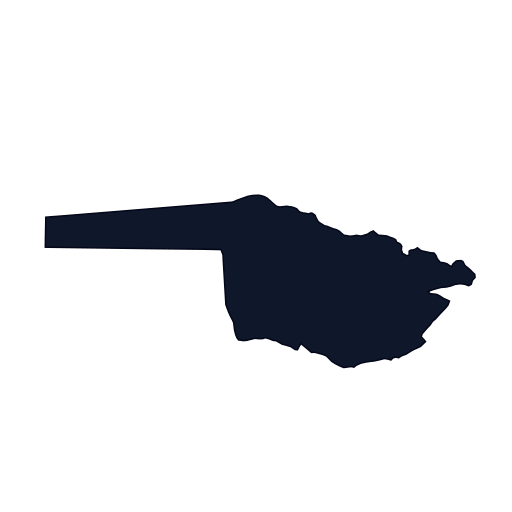 Homa Bay, Nyanza, Kenya, rotated 311°
{"feature_id": "3690345B18622928067574", "entity_name": "Homa Bay", "entity_type": "district", "adm_level": 2, "iso_a3": "KEN", "parent_name": "Kenya", "parent_adm1": "Nyanza", "projection": "orthographic", "projection_center": [34.502, -0.52], "detail": "fine", "context": "isolated", "style": "filled", "palette": "ink", "viewbox_px": 512, "rotation_deg": 311, "n_neighbors": 0, "source": "geoboundaries", "source_scale": "gbopen_adm2", "svg_char_len": 3215}
<svg xmlns="http://www.w3.org/2000/svg" viewBox="0 0 512 512"><g transform="rotate(311 256 256)"><path d="M385.7,433.1L385.8,430.1L386.0,428.1L386.1,425.1L386.1,423.7L385.9,421.2L386.0,419.9L386.3,418.9L387.6,415.7L387.0,413.7L384.9,411.5L383.6,410.4L381.0,410.1L380.0,409.9L378.9,409.9L376.2,410.6L375.7,407.8L375.5,405.3L374.3,402.6L373.1,400.6L372.1,399.3L372.5,396.7L372.7,395.4L373.2,394.0L374.5,391.4L374.8,390.0L375.0,388.3L373.1,385.8L371.5,382.9L370.7,381.5L370.2,380.5L368.7,377.8L368.3,376.4L368.2,374.1L368.1,372.4L365.8,371.8L364.8,371.2L363.6,370.5L362.1,369.0L361.1,368.6L360.1,368.4L358.2,370.0L357.3,371.0L355.1,369.6L354.6,366.5L354.0,365.2L356.1,361.5L357.1,360.9L358.9,359.7L359.7,357.4L359.5,355.6L358.7,353.1L359.3,351.9L359.9,350.8L359.3,347.8L358.7,346.5L357.9,344.5L357.1,342.1L356.6,341.0L355.8,340.0L354.2,337.7L352.7,335.7L352.0,334.9L351.8,329.4L351.9,328.1L349.2,326.8L346.1,326.0L344.9,325.4L343.6,324.5L341.0,323.0L340.0,322.1L339.1,320.9L337.5,318.2L334.8,316.1L332.4,313.7L330.6,310.6L329.3,308.6L329.3,306.5L329.3,304.5L329.4,302.9L329.2,301.8L328.7,299.5L327.5,297.1L326.9,295.6L326.5,294.5L325.7,292.3L325.4,291.2L325.1,290.3L323.7,287.8L323.4,285.4L323.0,283.4L322.8,281.0L322.9,279.9L323.4,278.6L324.3,276.1L324.9,275.1L325.5,274.0L325.3,270.8L324.5,269.2L322.4,268.3L320.9,265.6L320.3,264.7L319.4,263.4L318.3,261.0L318.0,260.1L317.9,258.8L318.2,256.9L318.3,255.6L317.5,253.1L316.4,250.7L315.7,249.7L315.1,248.8L313.7,246.5L312.4,245.4L310.1,243.2L308.8,242.0L307.4,239.8L307.0,238.4L306.9,234.4L306.9,232.6L307.0,231.0L307.0,226.6L306.3,223.4L305.6,221.7L304.5,219.5L303.6,218.1L302.8,217.2L300.4,214.7L299.4,213.7L298.7,213.1L295.8,210.8L285.9,205.2L282.0,203.4L280.7,202.4L253.4,175.7L252.6,174.9L162.8,87.1L147.4,71.9L132.1,84.7L124.4,91.2L193.0,172.3L225.3,210.3L237.9,225.4L235.2,230.4L231.9,233.5L199.5,265.2L197.6,268.7L196.0,271.6L194.3,275.2L193.3,277.6L192.3,280.2L191.0,283.0L187.5,286.8L186.6,287.8L185.7,288.9L183.3,292.4L181.8,295.3L181.2,297.9L182.9,300.4L183.6,301.7L186.2,304.3L189.3,306.4L193.2,309.2L195.8,312.8L198.0,315.2L200.5,316.7L202.1,320.0L203.5,324.1L205.3,326.9L205.9,329.8L206.6,333.5L208.6,337.5L210.5,341.9L211.1,346.9L212.4,348.8L215.5,348.0L219.4,347.4L219.5,351.5L219.6,356.0L219.6,361.0L222.0,363.7L223.5,366.8L225.5,370.9L226.8,374.9L226.5,378.6L226.2,382.3L226.8,386.5L228.2,391.9L229.4,395.4L231.8,397.5L234.4,399.8L235.5,401.1L236.3,402.8L239.2,403.3L243.7,405.3L248.1,408.5L251.8,411.7L254.3,414.0L256.4,415.6L257.3,416.3L260.0,418.2L262.7,420.0L264.5,422.7L266.1,426.1L268.9,426.2L271.4,427.8L272.8,430.4L276.3,431.4L280.5,433.7L285.2,435.1L288.5,436.2L291.9,437.8L295.7,439.5L299.1,439.8L302.6,440.1L303.1,437.3L303.4,433.7L306.3,432.4L309.7,432.4L313.8,432.4L318.2,432.6L322.5,432.1L326.1,432.7L331.0,432.8L334.8,432.9L338.4,433.1L341.5,433.2L344.8,433.1L348.9,431.6L348.1,428.6L347.2,425.9L346.9,424.3L346.5,421.2L345.8,418.3L345.2,416.9L343.5,414.5L342.7,413.4L341.8,412.3L342.0,409.3L345.3,410.8L348.7,412.9L353.6,416.2L357.7,420.2L361.4,422.8L365.1,424.8L367.3,426.7L368.7,428.0L369.6,429.0L371.7,432.3L373.1,436.0L375.9,437.0L379.6,435.3L383.6,435.4L385.7,433.1Z" fill="#0f172a" stroke="#020617" stroke-width="1.5"/></g></svg>